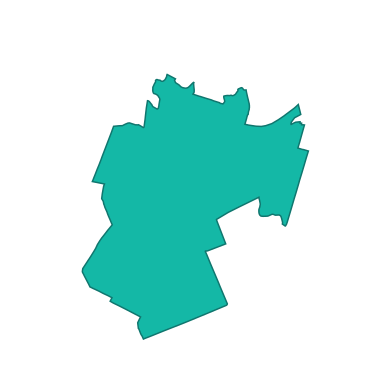 outline of Soldanu, Calarasi, Romania, rotated 156°
{"feature_id": "2599482B93522079592050", "entity_name": "Soldanu", "entity_type": "district", "adm_level": 2, "iso_a3": "ROU", "parent_name": "Romania", "parent_adm1": "Calarasi", "projection": "albers", "projection_center": [26.526, 44.239], "detail": "fine", "context": "isolated", "style": "filled", "palette": "teal", "viewbox_px": 384, "rotation_deg": 156, "n_neighbors": 0, "source": "geoboundaries", "source_scale": "gbopen_adm2", "svg_char_len": 5604}
<svg xmlns="http://www.w3.org/2000/svg" viewBox="0 0 384 384"><g transform="rotate(156 192 192)"><path d="M74.5,224.7L77.0,224.1L83.6,222.9L91.2,222.0L94.4,222.3L97.7,222.6L102.0,223.7L106.8,226.1L113.1,230.1L116.1,232.4L112.2,237.0L112.0,237.3L111.3,238.2L110.2,239.5L109.7,239.9L109.2,240.0L108.9,240.4L108.3,241.5L107.9,242.1L107.8,242.3L106.4,243.9L106.2,244.1L105.9,244.8L105.6,245.2L105.2,245.8L104.6,247.2L104.5,247.4L104.4,247.7L104.2,248.2L104.1,248.8L103.8,249.6L103.7,250.3L103.6,251.0L103.0,254.0L102.8,255.3L101.7,260.8L101.2,262.8L101.1,263.3L102.0,263.5L102.7,263.9L103.2,264.4L103.4,265.2L103.6,266.3L104.0,266.9L104.4,267.2L105.2,267.3L106.2,267.3L107.5,267.3L108.1,267.2L108.4,267.0L108.8,265.9L109.4,265.4L110.6,264.9L111.7,264.1L112.6,263.6L113.9,263.4L114.6,263.3L115.3,263.4L116.0,263.6L116.4,263.9L116.7,264.3L116.9,264.5L117.3,264.6L118.0,264.7L118.3,264.7L119.0,265.1L120.7,265.9L121.7,266.2L123.0,266.5L124.0,266.6L124.6,265.1L124.8,263.8L124.9,262.7L125.4,261.2L127.3,260.1L127.9,259.9L128.8,260.6L129.6,261.1L130.1,261.4L130.4,262.3L131.9,263.6L135.3,266.6L137.0,268.4L141.0,271.8L144.7,275.1L145.5,275.8L145.7,276.0L146.4,276.5L149.7,279.5L150.7,280.5L151.3,281.0L151.1,281.2L150.5,281.6L150.1,281.9L149.6,282.2L149.5,282.3L149.2,282.8L148.9,283.5L148.5,284.3L147.5,287.4L146.9,289.1L146.8,289.5L146.4,290.3L146.2,290.8L146.1,291.0L145.8,291.2L146.0,291.5L147.2,291.2L148.0,290.9L151.0,289.7L152.8,289.1L154.3,289.1L155.8,289.5L157.2,290.5L158.2,291.2L159.2,292.4L159.6,293.3L160.3,295.1L161.0,296.2L161.9,297.5L162.4,298.4L162.6,299.0L162.5,300.2L162.5,301.2L161.1,302.1L166.9,309.5L167.3,309.2L167.9,308.3L168.2,307.9L168.4,307.5L168.8,307.3L169.5,306.7L170.0,306.3L170.8,305.7L171.5,305.4L172.0,305.3L172.7,305.1L173.5,305.1L173.9,305.1L174.5,305.4L174.7,305.5L175.0,305.8L175.7,307.1L177.2,308.0L177.5,308.3L178.1,308.9L178.5,309.1L179.2,309.1L179.6,308.9L179.8,308.8L180.1,308.5L180.1,308.2L180.3,307.9L180.4,307.6L180.6,307.3L180.8,307.2L181.3,306.8L181.7,306.6L182.3,306.1L182.6,305.9L183.1,305.4L183.4,305.2L184.1,304.5L184.6,304.1L185.1,303.7L186.1,301.6L186.5,301.0L186.6,300.3L186.9,299.6L186.9,299.1L187.0,298.2L186.6,297.2L185.9,296.8L185.1,295.9L184.0,294.2L183.8,292.6L183.5,291.1L183.6,290.2L183.7,289.6L184.5,288.5L185.6,286.8L186.8,285.0L187.2,284.2L188.1,283.1L188.3,282.7L188.5,282.5L188.8,282.2L189.7,281.9L189.8,281.9L190.1,282.0L190.7,282.7L191.0,283.1L191.7,284.1L192.7,285.4L192.9,285.7L193.0,286.0L193.2,286.7L193.2,287.6L193.2,288.2L193.2,288.4L193.5,289.1L193.6,289.6L194.2,292.0L194.4,292.4L194.7,292.8L194.9,293.1L195.3,293.4L195.5,293.5L195.7,293.2L196.3,292.3L197.2,290.9L199.3,287.7L203.5,280.6L203.9,279.9L205.1,277.8L205.7,276.8L209.0,271.5L209.2,271.2L209.7,270.7L209.8,270.6L210.0,270.6L210.4,270.8L210.7,271.2L211.1,271.9L213.5,275.2L213.9,275.2L214.2,275.3L215.0,275.8L215.9,276.1L216.5,276.5L217.7,277.6L219.3,279.0L220.8,280.4L222.3,281.0L225.0,281.1L227.3,281.0L228.6,280.9L230.0,281.5L232.1,282.3L233.6,282.8L236.9,283.9L241.6,279.0L244.5,276.1L245.6,275.0L248.9,271.7L252.6,268.0L260.1,260.5L261.8,258.7L264.1,256.4L265.8,254.7L269.7,251.0L271.4,249.3L272.9,247.8L275.7,245.1L276.7,244.1L277.8,243.0L278.6,242.3L278.8,242.1L277.0,240.8L275.1,239.5L274.0,238.7L270.9,236.5L268.7,234.9L269.8,233.8L270.1,233.5L270.6,232.9L271.2,232.0L272.7,229.8L273.7,228.3L274.2,227.6L274.9,226.5L276.4,224.0L277.2,222.7L277.2,222.3L277.1,221.7L277.0,221.0L276.9,219.8L276.9,219.5L277.0,219.0L277.2,218.1L277.5,217.0L277.5,215.8L277.8,213.4L277.8,211.9L277.8,208.2L278.0,206.4L278.1,203.8L278.1,200.0L278.2,197.5L278.2,194.5L279.3,193.9L281.9,192.6L282.9,192.1L284.0,191.6L289.9,188.4L293.4,186.6L296.0,185.0L299.7,182.5L302.9,179.7L306.0,177.5L307.2,176.7L309.7,175.0L312.9,172.9L314.7,171.8L316.5,170.6L322.6,166.7L322.9,166.5L324.0,164.8L324.3,164.4L324.5,164.0L324.6,163.4L324.7,163.1L324.5,160.7L324.5,159.4L323.9,149.9L323.8,146.7L323.3,146.2L321.5,144.0L320.4,142.8L318.6,140.7L317.2,139.1L314.4,135.5L310.9,131.5L308.1,128.0L311.2,125.5L309.1,122.6L305.2,118.0L303.4,115.8L300.0,111.6L293.8,103.8L289.8,98.8L291.2,97.7L294.5,94.9L294.8,94.6L296.5,89.2L296.3,88.7L296.3,88.1L296.3,87.1L296.4,86.1L296.4,85.6L296.5,84.1L296.5,83.8L296.5,83.6L296.5,83.4L296.5,83.0L296.5,82.3L296.3,81.3L296.2,80.5L296.2,80.3L296.2,78.8L296.2,78.1L296.2,77.4L294.5,77.4L288.3,77.1L274.1,76.6L251.4,75.6L240.4,75.3L229.3,75.0L207.3,74.5L206.6,74.5L205.8,74.8L205.2,75.5L204.8,95.3L204.7,97.4L204.3,118.8L204.0,129.5L204.0,131.0L204.1,132.0L203.7,132.6L202.8,132.2L201.7,131.9L194.1,131.5L182.3,130.9L181.4,148.6L181.1,154.6L180.9,156.9L180.7,157.0L167.5,158.6L166.0,158.7L155.0,159.2L133.0,160.0L133.4,158.7L133.6,157.1L134.4,153.7L134.8,152.7L135.4,151.9L136.1,150.8L137.9,148.9L138.7,147.4L138.9,146.7L139.2,146.0L139.4,145.2L139.5,144.1L139.4,143.2L139.1,142.5L138.9,142.1L138.5,141.8L138.1,141.5L137.0,140.9L133.3,139.4L132.1,139.1L129.9,139.1L128.2,139.1L127.2,138.8L126.3,138.0L125.9,137.5L125.6,137.2L125.2,136.9L122.1,135.7L121.7,135.5L121.1,134.8L120.8,134.1L120.7,133.3L120.9,131.3L121.6,127.5L121.9,126.8L122.5,126.0L120.7,123.0L120.2,123.1L119.8,123.4L118.9,124.0L117.3,125.7L108.2,136.3L101.5,144.2L97.5,148.8L91.3,156.1L89.0,158.9L83.6,165.1L78.8,170.7L73.8,176.6L69.0,182.1L72.9,185.4L74.0,186.1L77.4,189.1L73.6,193.5L68.9,199.2L62.0,207.5L62.6,207.9L63.2,208.2L64.6,208.9L63.9,210.3L65.3,210.8L64.7,212.2L67.7,213.2L68.9,213.6L70.4,213.6L73.9,213.4L73.9,214.0L72.7,215.5L68.1,218.1L61.1,218.6L60.6,221.4L59.3,228.7L61.9,227.8L64.4,227.0L72.3,225.2L73.1,225.0L73.7,224.9L74.5,224.7Z" fill="#14b8a6" stroke="#0f766e" stroke-width="1.5"/></g></svg>